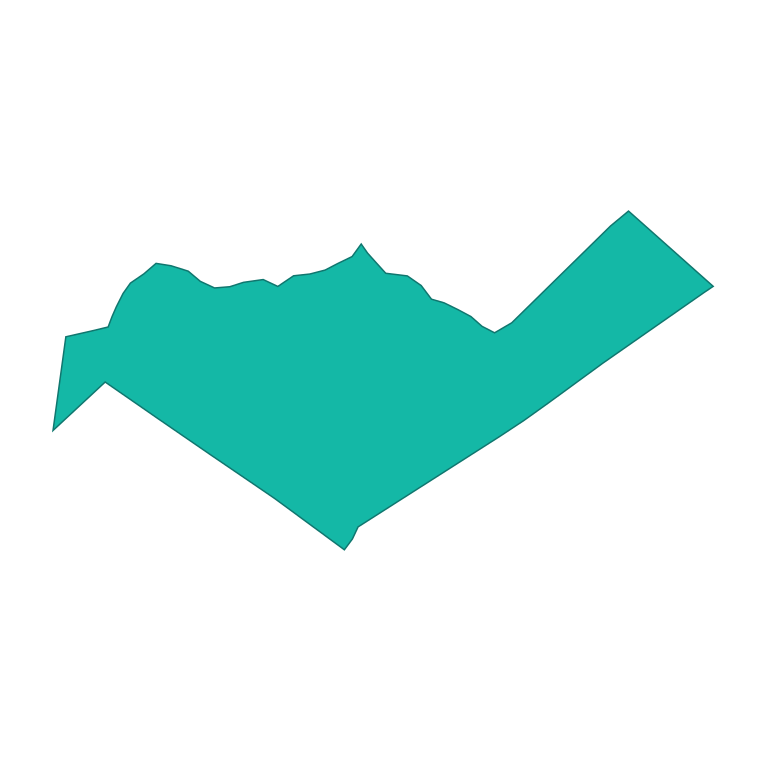 Lagoa da Canoa, Alagoas, Brazil, rotated 88°
{"feature_id": "56859067B28703074809600", "entity_name": "Lagoa da Canoa", "entity_type": "district", "adm_level": 2, "iso_a3": "BRA", "parent_name": "Brazil", "parent_adm1": "Alagoas", "projection": "mercator", "projection_center": [-36.746, -9.794], "detail": "fine", "context": "isolated", "style": "filled", "palette": "teal", "viewbox_px": 768, "rotation_deg": 88, "n_neighbors": 0, "source": "geoboundaries", "source_scale": "gbopen_adm2", "svg_char_len": 815}
<svg xmlns="http://www.w3.org/2000/svg" viewBox="0 0 768 768"><g transform="rotate(88 384 384)"><path d="M297.9,51.6L219.7,133.6L233.9,152.0L327.3,254.2L336.7,271.7L329.8,284.0L319.7,294.7L312.2,307.6L305.0,321.1L300.9,333.6L286.9,343.4L276.8,356.9L273.4,378.4L261.9,388.1L252.7,395.8L243.3,401.9L255.5,411.4L262.1,426.3L268.1,438.9L271.5,454.3L272.7,470.6L282.8,486.7L275.4,501.1L277.5,520.9L281.4,534.7L282.1,550.0L275.0,564.0L264.4,575.7L258.4,592.7L255.5,607.6L265.6,620.2L274.3,633.9L284.4,641.6L297.5,648.8L307.3,653.5L317.4,657.7L320.9,674.9L325.7,700.3L418.9,716.4L372.3,662.6L409.9,612.2L448.7,559.8L483.4,512.5L494.9,496.9L548.3,429.4L537.8,421.0L525.9,414.9L502.4,375.1L439.8,269.1L425.1,245.1L408.1,219.5L371.1,165.0L303.9,61.2L297.9,51.6Z" fill="#14b8a6" stroke="#0f766e" stroke-width="1.5"/></g></svg>